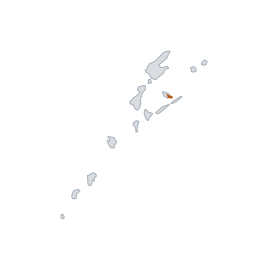 location of East Ambae, Penama, Vanuatu, rotated 62°
{"feature_id": "77236927B82748520253825", "entity_name": "East Ambae", "entity_type": "district", "adm_level": 2, "iso_a3": "VUT", "parent_name": "Vanuatu", "parent_adm1": "Penama", "projection": "mercator", "projection_center": [167.967, -15.324], "detail": "fine", "context": "in_parent", "style": "filled", "palette": "amber", "viewbox_px": 256, "rotation_deg": 62, "n_neighbors": 0, "source": "geoboundaries", "source_scale": "gbopen_adm2", "svg_char_len": 2944}
<svg xmlns="http://www.w3.org/2000/svg" viewBox="0 0 256 256"><g transform="rotate(62 128 128)"><path d="M84.7,61.0L86.6,71.2L88.8,71.1L89.9,70.6L91.2,68.2L91.8,64.5L93.0,64.0L94.4,64.4L93.8,65.5L94.2,68.5L95.3,70.2L96.1,70.5L97.6,78.3L98.1,79.9L98.1,81.2L95.0,84.1L90.3,84.1L87.0,85.8L85.0,85.7L85.0,83.7L83.3,82.1L81.3,78.8L81.8,72.8L78.2,61.7L78.2,59.0L79.4,55.4L80.6,55.2L82.2,58.2L84.7,61.0ZM104.4,100.0L105.7,100.6L106.5,100.6L106.9,102.1L111.2,105.1L112.3,105.0L113.3,106.7L115.1,107.5L115.6,109.2L116.9,110.9L114.6,112.9L110.3,112.4L107.7,114.7L105.5,114.1L105.1,112.9L105.4,112.5L104.0,109.4L103.4,104.6L102.5,101.8L101.5,100.6L99.5,101.6L98.6,101.8L96.7,99.5L97.6,94.8L98.1,93.5L99.7,93.2L102.1,94.5L104.4,100.0ZM161.2,188.2L159.9,189.7L158.7,189.6L150.9,186.1L151.3,184.6L151.0,180.9L151.8,178.9L153.9,178.1L155.6,178.5L156.6,181.5L158.9,182.7L157.3,183.7L160.1,185.9L161.2,188.2ZM134.9,144.7L137.9,149.1L139.1,149.4L137.3,152.6L133.6,152.9L129.2,152.1L130.8,151.0L130.0,149.8L128.7,149.5L127.1,150.1L126.4,149.9L127.4,147.9L129.8,145.0L130.6,144.8L131.2,144.7L131.8,145.0L134.9,144.7ZM130.5,107.4L127.1,107.7L122.4,106.7L120.5,105.4L119.7,104.1L121.3,103.1L123.7,102.6L126.6,99.5L127.6,100.7L128.7,104.1L129.9,105.2L130.6,106.2L130.5,107.4ZM165.9,207.0L164.3,210.4L161.6,209.6L159.1,207.2L157.8,205.0L158.7,200.9L159.9,200.2L161.3,200.4L162.0,204.4L165.9,207.0ZM128.1,96.1L127.6,96.2L127.1,94.7L125.4,87.2L126.5,80.5L127.2,81.9L129.7,93.7L129.3,95.6L128.1,96.1ZM135.0,121.0L135.8,121.5L135.4,122.8L131.3,121.3L128.0,121.9L127.1,121.8L126.1,120.6L125.4,118.3L125.8,116.7L127.1,115.5L127.6,115.3L128.7,116.7L129.6,117.7L130.5,118.1L132.6,120.4L135.0,121.0ZM119.1,79.7L117.1,81.1L113.5,81.0L112.1,80.2L116.6,75.9L121.8,75.0L119.1,79.7ZM109.5,43.7L108.2,45.3L104.9,44.8L104.1,44.4L104.3,41.8L105.2,40.9L107.2,40.1L109.9,41.4L109.5,43.7ZM106.6,33.0L106.2,33.3L105.5,33.0L103.8,29.3L104.2,28.1L106.4,26.9L108.4,29.0L108.5,30.1L108.5,31.1L108.2,31.9L106.9,32.3L106.6,33.0ZM127.3,76.4L126.8,78.3L125.6,76.1L124.8,66.8L125.2,66.0L125.8,65.9L127.3,72.4L127.3,76.4ZM177.8,227.3L176.8,229.1L175.2,229.0L173.1,227.8L173.5,226.3L175.9,226.0L176.5,226.1L177.8,227.3ZM98.7,88.5L98.1,89.3L95.0,87.3L95.7,85.4L99.1,86.1L98.7,88.5Z" fill="#d9dde1" stroke="#a8b0b8" stroke-width="1"/><path d="M119.9,77.8L119.9,77.7L120.0,77.6L119.9,77.5L120.0,77.5L120.0,77.4L120.0,77.2L120.2,76.9L120.3,76.9L120.5,76.8L120.5,76.7L120.7,76.4L120.8,76.4L120.9,76.2L121.0,76.0L121.1,75.9L121.2,75.7L121.3,75.7L121.5,75.5L121.5,75.4L121.6,75.2L121.5,74.9L121.4,74.8L121.2,74.8L121.2,75.0L121.1,74.9L120.9,74.9L120.8,75.0L121.0,75.2L120.9,75.2L120.9,75.3L120.7,75.4L120.6,75.5L120.2,75.7L119.9,75.9L119.7,76.0L119.5,76.3L119.4,76.4L119.4,76.5L119.2,76.7L119.0,76.8L118.9,76.9L118.7,77.0L118.5,77.3L118.3,77.3L118.0,77.5L118.3,77.5L118.6,77.6L118.8,77.6L119.0,77.6L119.4,77.7L119.5,77.7L119.8,77.7L119.9,77.8Z" fill="#f59e0b" stroke="#b45309" stroke-width="1.5"/></g></svg>